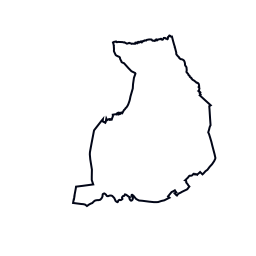 the district of Volovat, Suceava, Romania, rotated 152°
{"feature_id": "2599482B46518062249673", "entity_name": "Volovat", "entity_type": "district", "adm_level": 2, "iso_a3": "ROU", "parent_name": "Romania", "parent_adm1": "Suceava", "projection": "albers", "projection_center": [25.892, 47.801], "detail": "fine", "context": "isolated", "style": "outline", "palette": "ink", "viewbox_px": 256, "rotation_deg": 152, "n_neighbors": 0, "source": "geoboundaries", "source_scale": "gbopen_adm2", "svg_char_len": 5559}
<svg xmlns="http://www.w3.org/2000/svg" viewBox="0 0 256 256"><g transform="rotate(152 128 128)"><path d="M101.1,210.6L101.3,209.5L101.3,209.1L101.5,208.7L101.7,208.0L101.8,207.3L102.0,207.2L102.6,205.7L102.9,205.4L103.1,204.6L104.0,203.1L104.3,202.6L104.4,202.2L104.6,198.5L104.5,197.9L103.9,196.9L103.4,196.3L103.1,195.8L102.6,195.3L102.1,194.3L102.1,194.0L102.3,193.3L102.5,192.8L102.5,191.6L102.6,191.2L102.5,190.3L102.6,190.1L102.7,189.1L101.9,188.0L101.1,187.1L99.5,180.6L98.3,176.5L95.9,173.2L95.9,172.5L99.2,169.5L103.0,164.3L105.2,160.7L111.0,154.7L111.5,154.1L112.8,152.5L113.9,151.3L116.4,149.0L117.7,148.0L119.7,146.9L120.7,146.7L122.0,146.0L123.2,145.7L126.1,143.8L126.6,144.8L127.1,144.8L127.5,144.9L128.0,145.2L128.1,144.1L128.6,144.1L129.0,144.3L129.9,144.4L129.8,145.3L130.2,145.4L130.0,146.1L130.7,146.1L131.1,146.0L131.3,145.8L131.7,145.3L132.1,145.7L132.6,146.0L135.2,146.9L135.8,145.5L137.4,144.1L138.5,143.0L139.7,143.5L139.2,143.9L139.6,144.3L140.4,144.7L140.9,144.8L142.8,144.7L142.7,146.5L145.0,143.7L145.3,143.9L145.7,143.4L147.3,145.8L146.0,147.6L148.0,146.8L158.8,142.0L159.3,141.6L167.6,131.3L172.9,124.6L173.7,123.3L174.2,122.4L176.0,118.1L179.4,108.2L182.8,102.1L184.4,99.1L184.5,98.6L185.2,94.5L194.9,98.1L201.4,100.6L202.6,99.0L207.3,93.1L207.2,93.0L209.2,90.4L209.4,90.5L211.7,87.6L204.9,82.8L203.2,81.7L201.9,80.6L201.4,79.6L200.9,78.4L198.4,78.7L196.3,78.7L194.8,78.5L192.6,79.2L191.0,79.4L189.1,78.8L187.8,78.1L186.2,77.7L184.9,78.1L183.7,78.7L182.5,79.7L181.9,80.8L181.3,81.4L180.4,81.5L179.6,81.3L179.1,80.4L178.7,79.3L178.7,78.4L178.5,77.8L177.7,77.2L176.3,77.0L175.5,76.8L174.4,76.1L173.8,75.4L173.4,74.1L173.0,72.6L173.2,69.4L172.7,68.2L172.2,67.5L171.7,67.5L171.2,67.8L170.9,68.3L170.1,68.6L169.3,68.6L168.9,68.2L168.2,67.7L166.9,67.8L166.3,67.9L166.1,68.3L166.1,68.9L166.0,69.3L165.6,69.7L164.6,70.2L163.1,69.9L162.5,70.3L162.0,70.8L161.6,70.6L161.2,70.2L160.7,69.4L159.6,67.0L159.3,66.6L158.8,66.0L159.0,65.7L159.7,65.4L159.9,64.8L159.9,63.7L159.6,62.6L159.2,62.3L158.4,62.3L157.5,62.7L156.7,63.6L156.6,64.9L156.5,66.9L156.1,67.2L155.7,67.1L155.0,65.7L154.2,61.7L153.5,60.5L152.3,58.8L149.5,57.0L144.0,53.1L139.8,50.3L136.3,48.5L132.8,47.9L129.9,47.1L124.1,47.0L124.8,48.8L119.6,51.0L117.5,50.9L115.9,51.0L115.9,50.5L115.6,48.5L117.5,48.5L116.8,45.9L116.5,45.4L115.3,46.0L114.3,46.3L113.3,46.3L112.0,46.2L110.7,46.3L107.3,46.2L105.8,46.1L104.3,46.1L104.1,46.3L101.3,47.5L101.5,48.3L101.7,49.2L101.7,50.2L101.9,51.1L102.0,51.7L102.2,52.5L101.7,53.3L101.6,53.8L101.5,54.2L101.6,54.5L102.1,55.0L101.7,55.1L101.1,55.2L100.2,55.6L99.1,55.8L97.6,56.4L96.9,56.8L96.3,56.9L95.8,56.9L94.9,56.3L94.4,56.2L93.9,56.1L93.3,56.1L92.3,56.6L91.7,56.7L91.3,56.7L91.0,55.9L90.6,55.4L89.7,55.5L88.9,54.2L88.3,54.5L86.7,54.8L85.0,55.3L84.9,54.9L84.0,52.1L82.8,52.4L79.8,53.5L77.5,53.8L74.1,55.4L70.7,56.6L67.5,58.3L65.5,59.8L64.9,60.5L63.9,64.1L61.7,73.4L60.9,76.5L60.0,80.9L59.3,84.6L59.2,86.5L58.5,87.2L57.2,88.5L55.5,90.4L54.3,91.4L53.8,91.7L51.0,98.0L47.5,105.7L46.0,109.1L44.3,109.2L46.5,115.3L49.3,123.2L48.2,123.4L48.4,124.8L47.8,125.1L47.4,125.3L47.4,125.5L48.0,126.3L48.3,126.8L48.2,127.2L48.3,127.4L48.1,127.4L48.2,127.6L48.1,127.8L47.7,127.9L46.8,128.9L46.3,129.5L46.2,129.9L46.2,130.4L46.5,130.8L46.4,131.1L46.1,131.3L45.7,131.3L45.6,131.6L45.3,132.1L45.0,133.1L44.9,133.8L45.0,134.6L45.3,134.8L45.5,135.1L45.6,135.4L45.7,135.6L46.1,135.7L46.3,136.0L46.5,136.8L46.9,137.7L47.1,138.1L47.2,138.5L47.5,139.0L47.7,139.3L48.1,139.9L48.4,140.5L48.5,140.9L48.5,141.4L48.5,141.6L48.8,142.0L48.8,142.3L48.6,142.7L48.7,142.8L48.9,143.2L49.3,143.9L49.4,144.3L49.3,144.8L49.1,145.2L49.2,145.5L49.4,145.8L49.7,146.2L49.7,146.4L49.5,147.3L49.6,147.8L49.7,148.0L49.8,148.5L49.8,149.0L50.1,149.5L50.1,149.8L49.9,150.4L49.5,150.8L48.9,151.7L47.9,154.1L47.9,155.1L48.1,155.8L48.1,156.5L48.0,157.1L47.6,157.7L47.1,159.3L47.0,159.9L46.9,161.1L47.0,161.5L47.2,161.8L47.3,162.2L47.7,162.8L48.4,163.6L49.0,163.9L49.3,164.3L49.5,164.7L49.6,165.0L49.6,165.4L49.8,165.6L49.9,166.0L49.8,166.5L49.8,166.8L50.2,167.7L50.6,169.7L50.7,170.2L50.6,170.8L50.0,171.9L48.9,176.4L48.8,177.4L48.6,177.5L48.1,180.3L47.3,183.9L46.3,188.0L46.8,188.1L47.1,188.4L47.3,188.7L47.3,189.3L47.8,190.0L48.0,190.2L48.3,190.2L48.6,189.7L49.4,189.6L50.0,189.5L50.3,188.9L51.2,187.9L51.6,187.9L51.7,188.2L51.9,188.8L52.2,189.0L52.5,189.0L52.7,189.6L53.0,190.1L53.8,190.6L54.1,190.7L54.8,190.2L55.8,189.7L56.0,189.7L56.3,189.9L56.6,190.1L56.8,190.4L56.9,190.6L56.8,191.1L57.0,191.3L57.3,191.4L57.9,191.3L58.2,191.5L58.6,191.7L60.2,192.0L60.7,191.8L60.9,191.7L61.1,191.7L61.2,191.8L61.4,192.2L61.4,192.4L61.2,192.8L61.3,192.9L61.5,193.0L61.7,192.9L61.9,192.4L62.0,192.2L62.5,192.2L63.0,192.7L63.6,192.4L63.8,192.5L64.4,193.1L65.0,193.3L65.3,193.6L65.5,194.0L65.7,195.1L67.9,196.3L70.1,197.0L70.5,197.0L70.7,196.8L71.0,196.7L72.1,197.5L72.5,197.6L72.8,197.5L73.1,197.3L73.4,197.3L73.6,197.4L73.8,197.7L74.0,197.7L74.8,197.5L75.6,197.1L76.0,197.3L76.1,197.5L76.1,197.9L75.8,198.3L76.3,198.5L76.8,198.5L77.3,198.3L78.1,198.2L78.5,198.4L78.5,198.5L78.3,198.7L78.2,198.8L78.3,199.1L78.5,199.2L78.7,199.3L79.7,198.5L80.1,198.4L80.2,198.5L80.1,198.8L80.3,199.3L80.5,199.5L80.6,199.4L80.8,199.3L81.0,199.3L81.4,199.7L81.6,199.8L81.8,199.6L81.9,199.4L81.9,199.1L82.0,199.0L82.9,199.4L84.2,200.2L84.7,200.5L85.3,200.6L85.6,201.1L86.1,201.7L86.6,202.0L87.0,202.6L88.7,202.8L89.4,203.0L90.9,205.3L91.3,205.3L92.5,206.4L96.4,208.7L97.0,208.8L97.6,209.0L97.9,209.4L97.9,209.8L97.9,210.0L98.1,210.1L98.5,210.0L99.7,210.6L101.1,210.6Z" fill="none" stroke="#020617" stroke-width="2"/></g></svg>